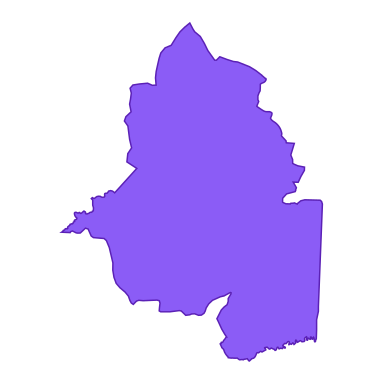 outline of Kota Lubuklinggau, Sumatera Selatan, Indonesia
{"feature_id": "22746128B74548717001691", "entity_name": "Kota Lubuklinggau", "entity_type": "district", "adm_level": 2, "iso_a3": "IDN", "parent_name": "Indonesia", "parent_adm1": "Sumatera Selatan", "projection": "robinson", "projection_center": [102.884, -3.254], "detail": "fine", "context": "isolated", "style": "filled", "palette": "violet", "viewbox_px": 384, "rotation_deg": 0, "n_neighbors": 0, "source": "geoboundaries", "source_scale": "gbopen_adm2", "svg_char_len": 5909}
<svg xmlns="http://www.w3.org/2000/svg" viewBox="0 0 384 384"><path d="M316.3,339.0L316.6,329.7L316.6,319.8L318.4,311.3L318.4,306.4L322.4,204.0L321.6,201.5L320.2,200.2L316.4,200.1L304.8,199.8L300.8,200.8L297.1,203.8L297.1,204.0L295.4,203.4L294.8,203.0L294.4,202.9L293.9,203.0L293.3,203.2L292.7,203.2L290.8,203.3L290.4,203.7L290.3,203.9L285.9,203.8L283.0,202.5L282.6,202.1L282.6,199.6L282.7,198.2L286.6,193.9L295.2,191.6L295.9,189.8L296.1,189.8L295.7,189.7L296.4,187.7L293.2,182.1L298.2,182.3L300.9,176.5L304.4,170.4L304.5,167.1L297.8,165.8L294.1,164.2L292.7,163.4L292.6,159.5L290.8,155.0L294.3,143.4L286.3,142.8L286.0,140.8L281.8,136.3L281.6,136.0L281.5,135.7L281.5,135.2L281.7,134.6L281.8,133.6L281.7,133.0L281.5,132.2L280.9,130.2L280.3,128.8L279.6,127.5L278.8,126.3L278.0,125.3L277.4,124.6L276.7,123.9L275.7,123.0L275.2,122.6L273.1,121.2L272.7,120.9L272.5,120.7L272.0,120.3L271.4,119.7L271.0,119.1L270.7,118.6L270.5,118.2L271.4,116.0L271.8,115.0L271.9,114.3L272.0,113.4L271.9,113.1L271.8,112.9L271.7,112.7L271.2,112.4L271.5,112.3L271.3,112.4L269.7,111.7L268.9,111.7L267.9,111.7L266.6,111.7L265.6,111.6L264.9,111.4L264.3,111.2L263.3,110.7L260.9,109.2L257.4,106.8L256.9,106.4L256.8,106.2L258.7,101.5L257.9,99.7L257.9,95.9L259.1,92.7L260.1,90.9L260.3,87.3L260.3,84.3L260.4,84.1L261.2,83.6L261.9,83.2L262.6,82.9L263.2,82.7L263.8,82.4L264.3,82.1L264.7,81.7L264.9,81.6L265.1,81.4L265.3,81.1L265.5,80.8L266.0,79.9L266.1,79.1L265.6,78.6L265.9,77.8L265.4,78.6L263.3,76.6L262.0,75.6L262.0,75.4L255.7,70.5L249.5,66.7L237.7,62.0L233.4,61.5L227.1,59.5L219.9,56.8L219.7,56.8L218.8,57.8L216.4,60.2L214.7,60.2L207.8,50.5L204.4,43.5L200.3,36.5L194.6,31.7L192.8,28.8L189.8,23.0L184.8,27.1L180.0,31.8L175.9,37.7L171.2,45.3L165.1,47.8L160.8,53.0L159.1,58.4L157.6,65.0L156.2,71.4L155.5,77.9L156.1,85.1L152.3,85.3L147.6,83.2L139.3,84.0L132.9,85.0L130.1,88.2L131.3,93.1L130.5,99.3L129.6,104.1L131.1,111.8L125.9,116.7L124.4,121.0L127.9,126.0L129.6,139.3L131.6,147.9L127.8,153.6L126.9,161.9L136.8,168.4L114.7,192.8L114.0,192.2L112.5,191.1L110.6,190.6L109.6,190.9L108.6,191.1L107.9,192.3L107.4,192.9L107.0,193.2L105.4,193.3L104.8,193.6L104.6,194.2L104.7,196.5L104.4,197.0L102.9,197.3L101.4,197.1L100.5,196.4L98.7,196.2L97.0,196.5L95.5,197.5L94.5,198.4L93.9,198.4L93.2,198.2L92.6,197.6L92.0,197.9L91.3,198.6L92.7,200.1L92.7,205.1L93.5,207.9L93.3,210.8L92.4,211.2L92.4,211.5L91.9,212.0L91.4,212.3L90.8,212.2L90.3,212.3L89.5,212.7L89.2,213.1L88.7,213.4L88.0,213.5L87.3,213.9L86.4,213.9L85.7,213.7L85.5,213.1L85.6,212.4L85.2,211.8L84.8,211.7L84.1,211.1L83.8,211.1L82.1,212.6L81.7,213.0L81.0,213.4L80.6,213.4L80.4,213.4L79.7,212.5L79.1,212.5L78.6,212.9L78.2,213.1L77.9,213.1L77.5,212.9L76.1,212.3L75.6,212.3L75.0,212.4L74.5,212.9L74.4,213.5L74.6,214.7L75.0,215.9L75.8,217.1L76.7,217.8L76.9,218.2L76.8,218.6L76.6,219.2L75.5,219.7L74.9,219.9L74.4,220.4L74.3,220.7L74.6,221.5L74.1,221.7L73.4,222.1L73.2,222.4L73.2,222.8L73.0,223.3L72.6,223.8L71.5,223.8L71.1,224.1L70.5,224.3L70.4,224.2L70.1,224.3L69.9,224.7L69.9,225.1L69.5,225.5L69.3,225.6L67.9,226.7L67.6,227.3L67.6,227.7L67.8,228.1L67.7,228.4L67.1,228.8L66.4,228.7L65.6,228.7L65.0,229.1L65.0,229.4L64.7,229.8L64.3,230.1L63.9,230.2L63.4,230.3L63.1,230.6L63.0,231.1L62.5,231.6L61.6,232.2L70.2,232.6L70.7,231.6L72.5,231.0L76.2,232.9L77.8,233.1L80.3,233.0L85.4,228.2L88.1,229.0L91.2,236.0L93.4,237.6L104.1,238.5L106.4,240.6L109.3,247.6L112.9,262.9L112.8,270.2L114.0,277.4L116.2,283.4L120.0,287.8L125.1,292.1L128.4,296.1L129.9,300.4L131.3,303.0L133.3,304.4L136.5,301.1L138.8,300.3L143.1,300.7L156.9,300.1L159.3,300.7L160.0,303.2L159.5,307.4L159.2,310.9L160.7,311.8L169.9,311.8L179.3,310.6L181.3,311.0L185.7,315.3L189.8,314.8L191.5,314.0L194.7,313.8L198.5,315.3L201.4,315.1L204.0,313.3L205.2,311.1L206.2,307.9L208.7,303.9L212.5,300.3L220.3,296.8L222.8,296.2L223.1,296.0L223.3,296.1L223.9,296.0L230.3,292.5L231.1,292.8L230.9,294.0L228.2,298.5L228.2,301.4L227.1,304.7L224.1,307.0L221.3,310.0L216.9,318.7L217.9,320.7L219.6,324.4L221.7,329.0L224.6,334.0L226.6,337.0L226.4,337.0L225.9,337.5L225.4,338.2L224.9,339.0L224.6,339.4L224.1,339.9L223.5,340.7L223.3,341.2L223.1,341.7L222.5,342.3L222.0,342.5L221.7,342.3L221.3,342.3L221.1,342.6L221.1,343.0L221.2,343.3L221.0,343.6L220.8,343.6L220.4,343.8L220.2,343.9L221.6,347.0L221.8,347.6L223.6,349.4L224.6,352.2L225.7,354.1L227.1,356.0L227.8,356.4L228.2,357.7L231.2,358.1L232.6,358.0L233.1,358.1L235.4,358.2L237.2,358.1L239.2,359.6L239.7,359.8L242.2,359.5L243.0,359.8L243.4,359.8L243.7,359.6L243.9,359.3L245.5,359.1L247.3,358.7L248.7,360.7L249.4,361.0L251.2,359.3L251.6,358.8L253.5,358.2L254.5,357.5L255.5,356.0L256.1,354.6L256.7,353.1L257.2,352.7L258.6,352.8L260.4,351.4L260.8,351.3L262.0,352.0L265.8,349.9L265.7,349.1L264.7,348.2L264.6,347.8L264.8,347.6L266.8,347.2L267.2,347.2L269.0,348.9L269.6,349.1L270.0,349.0L271.1,348.1L271.5,348.1L273.0,348.9L274.0,349.2L275.1,350.4L275.8,350.2L276.3,349.5L277.2,347.4L277.6,347.3L277.9,347.2L279.1,348.9L280.8,348.2L282.3,348.6L283.2,347.5L285.0,348.1L285.3,347.7L285.2,347.2L282.8,345.9L282.8,345.4L284.4,343.7L284.9,343.4L285.9,343.7L286.4,343.4L287.6,341.8L288.4,341.5L289.0,341.6L289.3,342.1L289.2,343.0L288.8,344.4L288.9,344.7L289.0,344.7L290.0,343.6L291.1,344.3L291.4,344.3L292.8,342.9L293.2,343.1L294.0,344.5L294.3,344.3L295.8,342.8L295.4,341.3L295.7,340.2L296.4,340.3L297.3,342.1L297.6,342.3L300.1,340.7L300.6,340.7L301.7,341.6L302.0,341.8L304.1,341.5L304.5,341.1L304.8,340.6L304.5,338.7L304.8,338.0L306.4,336.7L306.6,336.8L306.8,337.3L306.5,339.8L306.9,340.1L307.5,340.2L307.7,339.9L307.9,338.5L308.1,338.2L308.4,338.2L310.0,339.3L310.3,339.3L310.5,339.1L310.5,337.1L310.9,337.0L311.2,337.1L312.2,339.2L312.7,339.1L312.8,339.0L312.9,338.8L313.1,337.5L313.3,337.3L313.7,337.4L313.8,337.8L313.8,337.7L313.9,337.8L314.0,338.5L314.2,339.2L314.4,340.9L314.6,341.7L314.7,341.8L314.9,341.8L315.4,341.6L315.5,341.3L315.7,340.1L315.9,339.3L316.3,339.0Z" fill="#8b5cf6" stroke="#5b21b6" stroke-width="1.5"/></svg>